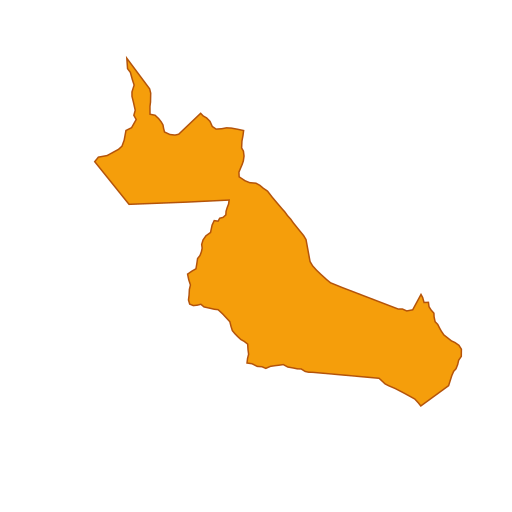 Mamanguape, Paraíba, Brazil, rotated 313°
{"feature_id": "56859067B20105747744609", "entity_name": "Mamanguape", "entity_type": "district", "adm_level": 2, "iso_a3": "BRA", "parent_name": "Brazil", "parent_adm1": "Paraíba", "projection": "mercator", "projection_center": [-35.151, -6.705], "detail": "fine", "context": "isolated", "style": "filled", "palette": "amber", "viewbox_px": 512, "rotation_deg": 313, "n_neighbors": 0, "source": "geoboundaries", "source_scale": "gbopen_adm2", "svg_char_len": 2326}
<svg xmlns="http://www.w3.org/2000/svg" viewBox="0 0 512 512"><g transform="rotate(313 256 256)"><path d="M274.1,75.3L265.0,77.5L259.1,75.3L250.8,80.6L244.9,83.1L240.2,82.7L227.9,78.6L220.8,73.3L215.0,73.7L207.2,127.9L248.6,169.0L278.6,198.2L275.3,200.5L271.8,201.9L268.3,203.6L265.5,205.9L261.8,205.6L258.9,203.7L255.6,204.5L253.4,201.3L248.7,202.8L242.2,206.7L236.7,205.6L231.7,206.3L227.4,208.4L225.0,211.3L221.8,213.2L218.2,214.7L214.3,215.0L210.4,217.7L205.7,220.8L201.1,219.4L196.1,218.3L192.9,222.8L190.1,227.8L186.1,230.1L181.8,233.7L177.8,236.6L175.6,240.3L177.0,244.0L180.0,246.6L183.1,248.6L183.3,252.7L185.9,257.1L188.6,261.8L190.9,264.9L190.9,271.2L190.1,281.7L187.5,285.7L185.3,289.6L184.8,293.4L184.6,297.4L184.6,301.9L185.5,305.5L185.9,310.0L182.0,314.1L179.1,317.6L175.3,319.7L171.6,322.4L174.5,326.6L176.1,332.2L179.1,335.9L180.5,339.8L185.1,341.8L188.4,344.4L191.7,347.2L195.2,350.0L196.5,355.0L199.5,359.6L201.6,363.1L204.2,366.1L205.1,370.7L206.8,373.6L209.7,376.9L250.5,429.4L250.5,437.6L251.6,441.5L254.0,448.1L256.4,456.7L258.4,464.4L259.7,469.7L259.3,475.0L258.7,478.8L292.5,485.3L302.2,480.7L306.5,479.2L309.9,479.2L314.2,477.5L318.0,475.3L322.6,474.6L327.9,469.8L329.1,465.3L328.4,460.5L327.2,456.8L326.9,453.1L326.4,447.2L327.4,442.8L328.5,439.4L329.9,435.6L330.1,431.8L332.9,427.8L335.5,425.1L335.9,420.9L336.9,417.1L339.7,413.7L336.6,410.6L339.3,406.2L340.4,402.9L323.5,407.3L318.6,403.7L317.1,399.3L314.2,396.2L291.7,340.5L287.2,328.7L286.9,323.6L286.8,315.4L286.9,309.8L287.4,304.1L288.8,299.3L302.1,281.4L303.4,276.9L304.2,271.0L305.0,265.4L305.7,260.5L306.6,256.3L307.0,251.5L307.9,247.0L308.3,242.6L309.2,234.8L310.1,227.4L311.3,220.2L310.5,215.0L310.3,210.6L309.2,206.3L305.3,201.3L303.5,196.5L302.4,189.7L305.7,186.3L310.0,184.7L313.6,183.4L316.9,181.9L320.9,179.1L324.1,175.3L325.2,171.8L330.5,167.3L335.1,164.4L339.3,161.4L336.2,156.2L332.7,150.7L329.6,147.0L325.8,144.2L321.6,140.3L320.9,135.7L323.1,130.5L323.3,125.7L322.4,121.8L322.6,118.2L292.3,116.4L289.2,114.3L286.1,110.1L284.3,104.5L286.3,101.4L288.4,98.6L289.4,95.3L290.1,91.0L290.1,86.2L287.4,81.8L293.1,76.4L296.6,73.9L303.3,67.9L305.7,64.2L312.5,26.7L305.4,34.3L304.6,38.9L300.6,45.4L297.9,50.3L291.4,53.4L288.2,56.4L285.0,61.3L280.2,68.3L275.6,70.7L274.1,75.3Z" fill="#f59e0b" stroke="#b45309" stroke-width="1.5"/></g></svg>